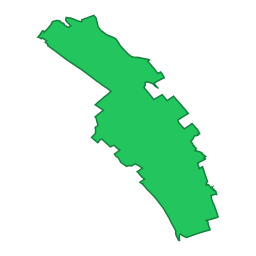 Unteni, Botosani, Romania (Equal Earth projection)
{"feature_id": "2599482B71401887627559", "entity_name": "Unteni", "entity_type": "district", "adm_level": 2, "iso_a3": "ROU", "parent_name": "Romania", "parent_adm1": "Botosani", "projection": "equal_earth", "projection_center": [26.797, 47.801], "detail": "fine", "context": "isolated", "style": "filled", "palette": "green", "viewbox_px": 256, "rotation_deg": 0, "n_neighbors": 0, "source": "geoboundaries", "source_scale": "gbopen_adm2", "svg_char_len": 5736}
<svg xmlns="http://www.w3.org/2000/svg" viewBox="0 0 256 256"><path d="M195.5,234.2L203.5,231.7L203.4,231.6L204.4,231.2L204.5,231.4L205.5,231.2L206.2,230.9L207.8,230.5L208.8,230.2L210.1,229.8L209.7,228.4L208.9,226.5L208.4,225.2L208.1,223.3L208.1,223.0L208.0,222.3L207.5,221.4L207.2,221.2L206.8,220.8L206.3,220.4L207.3,220.3L208.0,220.1L208.3,219.8L208.8,219.9L213.5,218.6L216.6,217.6L217.7,217.0L218.1,216.9L216.5,211.8L214.5,206.2L213.8,204.6L213.4,203.8L211.8,199.6L211.6,198.5L211.1,196.8L211.3,196.4L211.3,195.8L211.1,195.5L214.9,194.4L215.6,194.2L216.4,194.5L216.7,194.5L216.3,193.5L216.1,192.5L215.9,191.4L214.8,190.6L214.4,190.5L213.8,190.5L214.0,190.1L214.1,189.6L214.0,189.3L213.1,189.2L212.9,188.8L212.2,188.8L212.3,188.3L212.0,187.7L212.5,186.8L211.8,187.1L210.6,187.5L209.3,185.5L208.9,185.2L208.6,185.2L208.2,184.9L208.3,184.7L207.7,184.4L206.8,185.0L206.7,185.2L206.5,185.3L206.4,185.2L206.3,184.7L206.5,184.3L206.5,184.2L206.2,184.0L206.5,183.0L206.4,182.5L206.6,182.3L206.8,182.0L207.5,181.8L207.6,181.7L207.3,180.9L205.8,176.7L204.1,171.5L203.6,170.3L202.5,166.7L199.2,168.6L199.1,167.9L199.2,167.5L198.8,167.0L198.6,166.4L198.6,166.2L198.5,165.8L198.0,164.6L197.9,164.0L197.7,163.5L198.3,163.2L198.1,162.8L204.4,159.6L205.4,159.0L204.8,158.0L203.8,157.9L203.9,157.7L205.1,156.8L204.9,156.8L205.0,156.3L205.0,156.2L204.9,155.7L203.7,155.0L202.4,154.3L202.5,153.9L202.4,153.8L202.5,153.4L202.3,153.3L201.9,153.0L201.4,152.8L200.5,152.1L199.1,151.6L197.1,151.2L196.5,151.0L195.2,150.8L195.3,150.6L195.7,150.7L196.1,150.3L195.3,149.5L196.2,148.4L195.6,147.8L195.1,147.2L194.2,146.6L194.0,146.3L194.1,146.2L194.1,145.9L193.6,145.9L193.1,145.3L193.1,145.1L192.9,144.9L192.9,144.7L192.8,144.3L192.8,144.1L192.3,143.6L192.3,143.4L192.0,143.0L192.0,142.8L191.7,142.5L191.6,142.4L191.0,142.1L190.9,142.0L190.8,141.5L190.7,141.3L190.7,141.2L191.2,140.5L191.9,140.4L192.6,139.2L193.0,138.8L193.5,138.2L193.6,137.7L194.0,136.9L194.3,135.9L195.4,135.8L196.1,135.6L196.5,135.6L196.9,135.6L197.3,135.4L197.8,135.3L198.0,135.1L198.1,134.8L198.1,134.3L198.2,134.1L198.8,134.1L199.5,133.8L199.7,133.5L199.3,133.0L199.1,132.7L198.8,131.7L197.5,129.8L197.0,128.9L195.8,127.9L192.1,123.6L191.3,123.8L191.1,124.0L190.5,124.7L189.6,125.5L187.7,126.6L184.3,128.8L184.1,128.5L183.1,127.6L181.0,125.3L180.3,124.4L180.0,124.0L179.2,123.1L178.8,123.0L178.8,122.4L178.3,121.5L177.9,120.3L178.0,119.9L188.3,113.4L186.1,110.8L183.9,108.1L182.1,106.2L181.0,104.7L178.3,101.7L176.9,100.2L173.5,96.2L171.9,97.4L167.1,100.6L162.2,94.7L153.8,99.5L150.3,95.1L145.1,89.0L144.3,88.1L144.0,87.7L144.4,87.0L144.5,86.0L144.8,85.7L145.2,85.3L145.3,85.2L145.2,84.4L145.2,83.9L145.2,83.3L145.0,82.8L145.2,82.5L145.9,82.4L146.4,82.2L146.6,82.0L147.5,82.0L147.8,82.1L148.8,82.2L149.7,82.6L150.2,82.6L150.9,83.0L152.5,83.6L153.5,84.4L155.1,86.2L155.9,86.7L156.9,87.1L157.8,87.8L157.8,87.7L157.6,87.4L156.9,86.9L156.7,86.5L156.0,85.9L155.7,85.6L155.0,84.6L154.8,83.9L154.5,83.4L154.3,82.9L162.0,78.8L164.2,77.8L162.8,75.0L161.9,73.5L160.6,72.0L159.9,72.5L159.4,72.6L157.9,73.4L156.5,71.8L154.7,69.4L153.3,67.6L152.3,66.8L151.4,65.4L150.3,64.2L147.8,61.2L149.5,60.0L148.9,59.6L147.3,59.2L143.4,58.5L138.4,57.4L134.2,57.3L132.8,57.0L131.2,56.4L128.5,54.4L127.2,53.2L120.7,46.2L119.8,44.9L118.1,42.1L116.4,39.5L115.8,38.9L113.8,37.7L106.4,34.6L100.9,30.4L98.2,27.1L96.2,18.5L95.9,17.8L93.8,15.4L81.6,19.9L81.9,21.6L80.8,21.8L77.2,20.6L70.7,18.0L67.7,17.8L66.2,17.4L65.7,19.9L66.4,21.4L69.7,24.7L70.9,25.9L68.3,27.3L64.9,25.5L64.3,24.5L63.7,23.5L62.8,23.0L61.4,22.8L61.0,22.1L60.2,21.2L58.8,20.6L56.2,20.5L55.3,20.9L53.4,21.2L52.2,22.1L51.4,23.4L51.2,24.4L47.9,28.4L46.4,30.0L44.1,32.2L43.7,31.4L43.2,30.8L42.6,30.9L42.1,31.2L41.4,32.7L41.2,32.8L41.1,33.1L40.8,33.3L41.1,33.5L39.7,35.1L38.9,35.9L37.9,37.2L38.9,37.4L41.4,38.8L42.2,37.9L46.6,40.8L45.5,42.1L45.3,42.4L47.1,43.6L47.4,43.9L47.4,44.1L47.6,44.2L47.8,44.5L47.7,44.9L47.7,45.4L48.0,45.9L54.2,50.3L66.5,59.6L81.6,69.7L90.8,76.5L97.0,81.3L97.7,81.6L99.6,83.1L100.9,83.9L101.8,84.7L104.3,86.5L106.0,87.5L111.1,91.3L110.2,92.0L107.3,94.7L105.3,96.2L104.7,96.5L103.0,98.1L99.9,100.7L98.8,101.7L98.1,102.2L95.2,104.8L97.2,106.1L103.4,110.2L95.1,116.8L95.7,117.4L96.2,118.5L97.1,122.4L97.7,124.2L97.8,124.9L97.9,125.2L97.6,125.9L97.4,126.1L97.1,126.3L96.4,126.5L95.9,126.8L95.6,127.0L95.3,127.5L95.2,128.0L95.3,128.2L95.6,129.6L95.5,131.0L95.5,132.8L95.4,133.3L95.0,133.9L91.6,137.4L97.3,142.4L97.8,142.7L98.0,142.6L98.1,142.4L98.4,142.2L98.6,141.8L99.2,140.4L101.8,139.1L108.0,144.7L109.6,146.3L110.5,146.9L112.6,145.8L114.0,145.3L117.1,148.2L118.5,149.3L119.8,149.9L119.3,150.4L118.6,151.0L114.4,154.1L115.4,155.4L115.6,155.9L116.4,156.6L117.8,157.4L118.3,157.9L119.0,159.0L120.0,160.7L120.4,161.8L121.0,162.5L124.2,164.7L124.7,165.2L125.5,165.6L126.6,166.5L127.6,165.8L127.9,165.7L130.4,165.7L131.5,166.0L135.3,163.7L136.5,164.5L138.4,165.5L140.3,166.7L142.5,168.2L141.4,168.9L140.6,169.3L140.1,169.8L139.2,170.4L138.4,170.9L137.2,171.7L137.7,172.0L139.3,174.0L140.1,175.1L141.6,176.6L142.3,177.5L142.6,177.6L144.7,179.1L139.9,182.2L141.3,183.4L142.0,183.7L142.8,183.7L142.7,184.3L142.8,184.5L145.6,187.4L145.9,188.0L147.7,190.0L149.4,191.5L155.5,198.0L161.6,206.0L162.3,206.8L165.3,211.4L165.4,211.8L165.5,212.0L165.6,212.3L168.4,216.9L170.1,220.0L170.1,220.4L170.4,220.7L171.4,223.0L172.9,225.5L174.7,228.8L175.3,230.0L175.9,231.7L175.6,232.3L175.6,232.8L175.9,233.5L175.8,234.3L176.7,236.6L177.2,237.5L177.6,238.4L178.5,240.0L179.1,240.6L179.6,240.3L179.3,239.5L179.5,238.9L179.5,238.3L179.2,237.3L179.5,236.8L179.4,235.8L179.5,235.2L179.9,234.5L180.3,234.1L181.2,234.4L181.7,235.0L182.0,235.1L182.3,235.4L182.7,235.6L183.2,236.0L186.5,237.5L195.5,234.2Z" fill="#22c55e" stroke="#15803d" stroke-width="1.5"/></svg>